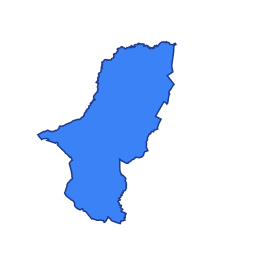 Tancanhuitz, San Luis Potosí, Mexico (Mercator projection), rotated 48°
{"feature_id": "50627088B4540713417928", "entity_name": "Tancanhuitz", "entity_type": "district", "adm_level": 2, "iso_a3": "MEX", "parent_name": "Mexico", "parent_adm1": "San Luis Potosí", "projection": "mercator", "projection_center": [-98.957, 21.641], "detail": "fine", "context": "isolated", "style": "filled", "palette": "blue", "viewbox_px": 256, "rotation_deg": 48, "n_neighbors": 0, "source": "geoboundaries", "source_scale": "gbopen_adm2", "svg_char_len": 5704}
<svg xmlns="http://www.w3.org/2000/svg" viewBox="0 0 256 256"><g transform="rotate(48 128 128)"><path d="M97.8,37.4L97.4,37.7L97.2,37.1L97.5,36.4L97.3,36.3L96.8,36.2L96.3,37.0L96.2,37.9L96.2,38.8L96.0,39.2L93.6,40.9L93.3,40.9L92.3,40.4L91.7,40.5L90.4,41.9L90.0,41.7L89.6,41.7L89.6,41.9L89.8,42.1L89.4,43.1L88.6,43.1L86.8,45.4L86.5,46.8L86.5,47.9L86.8,49.9L87.3,51.3L85.7,51.5L85.8,51.9L86.3,52.3L86.3,52.5L86.1,52.8L84.9,52.9L84.8,53.6L85.4,53.9L85.0,55.1L86.0,55.5L85.4,56.5L84.7,56.3L84.1,56.9L84.0,57.4L84.2,58.1L84.0,58.3L83.6,57.5L83.0,57.5L82.8,57.8L82.9,58.7L82.6,58.9L82.2,58.2L81.4,58.3L80.8,58.9L80.5,58.3L79.7,58.5L78.8,59.1L79.0,59.5L78.8,60.3L78.4,60.3L78.0,60.7L77.8,61.3L76.6,60.0L76.1,60.2L75.9,60.5L75.3,60.8L74.9,61.2L74.7,62.2L73.3,62.6L72.2,63.5L72.0,63.8L72.0,64.1L72.8,64.4L71.1,66.5L70.6,67.8L71.3,68.8L72.2,68.5L72.1,69.6L69.1,70.3L69.1,70.7L69.9,70.3L70.3,70.3L70.6,70.5L70.4,72.0L69.3,72.2L68.8,72.7L69.2,73.3L68.6,73.5L68.3,73.8L68.2,74.5L67.5,75.1L67.8,76.4L67.7,77.0L65.9,77.2L65.3,77.8L64.7,77.9L64.0,77.8L63.4,78.1L63.2,78.8L63.1,81.0L62.7,81.4L62.2,82.3L62.1,82.9L62.3,83.4L62.8,83.4L63.3,83.2L63.7,83.4L64.0,84.2L64.0,85.8L64.5,86.2L64.6,86.7L64.5,87.5L63.6,88.5L63.5,89.2L63.7,89.5L64.6,90.0L65.3,90.8L65.9,90.9L66.1,92.4L65.6,93.4L65.6,93.8L66.2,94.9L65.7,95.7L65.2,95.9L64.8,96.5L64.8,96.9L64.6,97.2L63.7,97.5L63.8,97.9L63.6,98.1L63.2,98.1L62.4,98.6L62.2,99.1L61.7,99.5L61.6,100.1L61.9,100.6L62.1,102.6L61.6,103.1L61.7,103.4L62.6,104.1L63.6,104.4L63.7,104.7L63.5,104.9L63.7,105.5L64.2,105.6L64.7,105.5L64.9,105.8L64.9,107.1L65.3,107.6L65.6,107.7L66.4,107.2L66.5,107.6L66.2,108.1L66.5,108.5L66.9,108.9L67.0,109.3L67.3,109.7L68.0,110.3L68.4,111.1L67.9,112.7L67.8,113.3L68.0,113.8L68.5,113.7L69.7,114.5L70.0,114.7L69.8,115.4L70.6,115.7L70.5,116.7L70.7,117.2L71.0,117.4L71.1,117.2L71.5,117.3L71.7,117.8L72.1,117.8L72.7,118.1L72.8,118.4L72.4,118.9L72.5,119.4L72.8,119.8L72.7,121.0L72.8,121.2L73.1,121.1L73.3,120.3L73.6,120.1L74.0,120.1L74.4,120.6L74.7,120.5L74.7,120.2L75.1,120.1L75.5,121.0L76.7,122.6L77.0,123.3L79.0,124.2L79.3,125.1L80.9,126.3L80.9,126.5L80.4,126.6L81.4,132.3L82.1,133.0L83.4,133.6L84.7,133.5L85.0,133.8L84.9,134.3L84.5,134.6L83.9,134.6L83.7,134.8L83.8,135.0L84.2,135.2L84.4,135.7L84.3,136.9L85.0,137.5L84.6,137.9L84.5,138.4L85.1,138.5L85.2,138.8L84.6,139.3L84.6,139.6L85.4,140.2L86.0,140.9L85.8,142.0L85.5,142.2L87.2,144.1L86.8,145.0L86.7,146.1L87.2,146.8L87.0,147.2L87.0,147.4L87.1,147.6L87.8,147.8L87.9,148.1L87.7,148.4L87.6,148.9L88.0,149.9L87.9,150.5L88.4,150.9L88.7,151.6L89.5,152.2L89.2,152.5L89.6,153.1L89.1,155.7L89.5,156.5L89.3,156.8L89.5,157.3L89.1,158.0L89.2,158.3L88.9,158.4L88.6,159.0L87.8,159.7L87.8,160.2L86.0,163.6L85.7,166.4L83.8,171.6L83.5,173.4L82.8,175.2L82.6,176.3L81.6,176.7L81.1,177.1L80.9,177.7L81.4,178.8L82.3,179.4L82.1,182.8L81.9,183.0L81.4,183.3L81.2,184.4L80.8,184.9L80.3,186.6L79.6,186.9L78.0,188.4L76.1,189.0L75.5,189.9L75.3,192.0L74.2,192.8L72.7,199.5L74.9,199.8L78.8,199.9L78.7,199.4L79.3,198.4L79.6,197.6L80.6,196.5L81.0,195.6L83.4,194.5L83.6,194.9L83.1,196.4L90.9,191.9L90.7,191.3L90.9,190.7L92.3,190.2L92.7,190.6L93.2,191.7L97.2,191.4L99.8,191.4L101.3,191.1L103.3,191.0L105.2,191.3L106.3,190.8L110.9,190.8L111.1,190.0L111.3,190.0L114.8,191.0L114.4,191.9L114.6,192.5L114.5,193.0L114.7,194.2L115.0,195.3L123.3,199.6L123.6,200.2L124.5,200.3L126.6,202.2L128.6,203.1L128.3,204.3L128.3,206.3L128.7,207.9L128.6,209.0L128.8,209.9L129.4,211.2L130.7,212.7L132.3,215.7L133.1,216.8L133.8,218.5L134.0,218.6L135.9,219.2L137.7,219.2L143.5,218.2L145.8,217.5L147.7,217.7L149.9,219.6L151.6,219.8L154.2,219.5L155.8,218.7L156.8,218.4L157.5,215.7L159.6,216.7L161.6,215.4L162.2,215.3L166.7,215.6L171.4,215.8L171.5,215.0L176.0,212.7L178.2,209.9L179.8,208.8L180.3,208.1L182.1,208.9L182.5,208.5L182.2,206.2L181.2,203.2L180.6,202.4L181.0,202.1L182.0,202.3L184.6,201.9L185.6,202.3L190.3,199.9L193.3,198.1L193.9,197.6L192.5,195.6L193.0,194.4L193.6,193.9L194.4,191.9L193.0,191.5L192.3,191.1L192.9,190.2L191.4,188.8L191.2,188.9L190.5,186.8L190.1,186.8L189.5,187.3L189.3,187.1L189.0,187.5L188.3,187.4L187.9,187.5L186.0,188.9L185.4,189.0L185.0,188.5L185.1,186.5L185.0,186.3L182.0,186.9L181.7,186.6L181.7,185.4L181.4,184.9L180.8,184.7L180.4,184.9L179.6,185.7L179.5,186.0L179.4,186.0L179.1,185.6L177.8,184.8L175.9,184.6L175.7,184.1L175.8,183.3L176.3,182.3L176.2,181.8L173.9,182.0L173.9,181.7L174.3,181.0L174.5,180.4L174.4,179.6L173.9,178.4L173.7,178.2L173.3,178.1L173.9,177.3L173.3,177.2L173.4,176.9L172.3,175.7L172.4,175.2L172.9,174.9L172.3,174.4L172.2,173.7L171.8,173.5L172.5,172.3L172.4,171.4L171.2,169.0L170.4,168.6L169.4,167.5L169.2,167.6L169.1,167.3L169.2,167.2L168.3,166.5L166.9,165.7L165.5,165.7L164.6,164.5L164.7,164.1L163.7,163.3L162.8,163.2L161.8,163.4L161.1,163.3L159.1,163.7L159.1,164.0L158.0,164.2L157.7,164.2L157.6,163.8L156.5,163.5L154.9,162.9L154.0,162.3L151.9,160.6L146.5,155.7L145.6,155.1L146.1,154.9L148.3,154.7L150.0,153.8L151.5,153.5L153.0,152.8L153.9,152.1L154.2,151.6L154.0,149.9L154.5,148.4L154.3,146.5L155.1,144.1L154.9,141.8L157.4,139.7L158.2,138.5L158.8,137.0L158.8,136.1L158.5,134.6L158.1,133.9L156.8,132.0L156.9,130.9L157.5,130.4L158.1,128.4L156.0,127.6L155.0,127.5L153.7,126.6L153.0,125.6L151.8,124.4L150.8,124.1L150.4,123.3L149.8,121.4L147.8,119.7L147.5,117.8L146.6,116.3L147.1,115.8L147.4,114.9L146.7,113.9L146.5,113.1L146.7,112.4L147.9,111.6L147.0,109.8L147.8,108.8L148.6,106.6L147.5,106.0L145.5,102.5L145.1,101.6L143.6,97.5L137.7,99.7L132.5,83.9L133.7,83.3L135.2,82.9L136.2,83.1L136.0,81.8L131.4,76.1L130.4,74.1L129.0,74.2L128.2,72.2L127.7,69.6L126.6,66.7L126.4,64.6L115.3,63.8L115.9,60.3L116.3,57.1L111.3,54.2L101.6,42.8L98.0,39.3L97.6,38.2L97.8,37.4Z" fill="#3b82f6" stroke="#1e3a8a" stroke-width="1.5"/></g></svg>